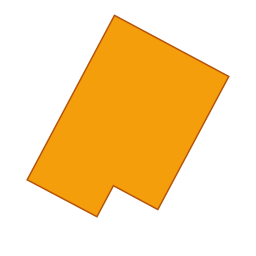 Menard, Texas, United States of America, rotated 118°
{"feature_id": "52423323B56824601140740", "entity_name": "Menard", "entity_type": "district", "adm_level": 2, "iso_a3": "USA", "parent_name": "United States of America", "parent_adm1": "Texas", "projection": "mercator", "projection_center": [-99.789, 30.899], "detail": "fine", "context": "isolated", "style": "filled", "palette": "amber", "viewbox_px": 256, "rotation_deg": 118, "n_neighbors": 0, "source": "geoboundaries", "source_scale": "gbopen_adm2", "svg_char_len": 249}
<svg xmlns="http://www.w3.org/2000/svg" viewBox="0 0 256 256"><g transform="rotate(118 128 128)"><path d="M35.2,63.2L34.9,192.8L221.1,192.7L220.9,113.8L185.8,113.8L186.0,63.4L35.2,63.2Z" fill="#f59e0b" stroke="#b45309" stroke-width="1.5"/></g></svg>